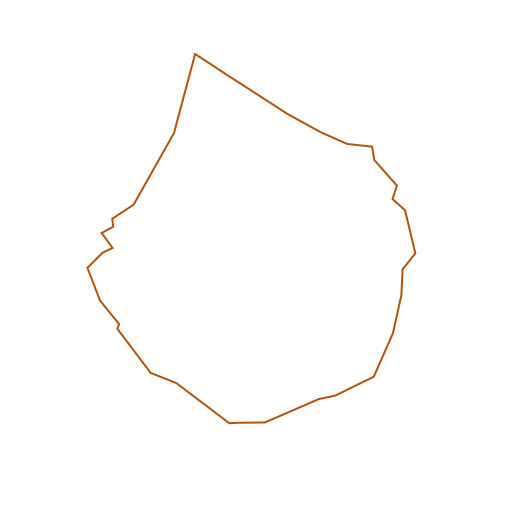 outline of Warren, Tennessee, United States of America, rotated 215°
{"feature_id": "52423323B22334465624474", "entity_name": "Warren", "entity_type": "district", "adm_level": 2, "iso_a3": "USA", "parent_name": "United States of America", "parent_adm1": "Tennessee", "projection": "robinson", "projection_center": [-85.78, 35.677], "detail": "fine", "context": "isolated", "style": "outline", "palette": "amber", "viewbox_px": 512, "rotation_deg": 215, "n_neighbors": 0, "source": "geoboundaries", "source_scale": "gbopen_adm2", "svg_char_len": 570}
<svg xmlns="http://www.w3.org/2000/svg" viewBox="0 0 512 512"><g transform="rotate(215 256 256)"><path d="M99.6,271.5L114.5,307.4L128.3,329.2L127.0,349.6L160.2,379.0L176.8,381.0L181.0,394.5L214.2,402.5L223.6,412.2L245.5,400.1L273.9,394.5L311.9,390.4L384.2,387.7L421.7,386.5L393.7,309.7L385.7,227.8L395.1,204.1L389.8,198.1L395.6,186.3L378.1,180.3L383.5,170.9L387.3,149.6L358.1,130.0L329.1,121.7L327.7,116.8L275.3,99.8L248.4,106.2L181.9,103.7L174.9,109.2L153.3,124.7L122.5,174.8L111.0,187.1L90.3,224.7L99.6,271.5Z" fill="none" stroke="#b45309" stroke-width="2"/></g></svg>